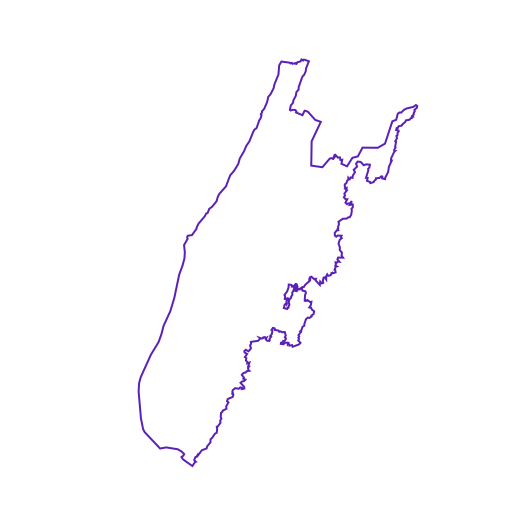 Bandarban, Chittagong, Bangladesh (Equal Earth projection), rotated 213°
{"feature_id": "16705992B23463827258150", "entity_name": "Bandarban", "entity_type": "district", "adm_level": 2, "iso_a3": "BGD", "parent_name": "Bangladesh", "parent_adm1": "Chittagong", "projection": "equal_earth", "projection_center": [92.198, 21.77], "detail": "fine", "context": "isolated", "style": "outline", "palette": "violet", "viewbox_px": 512, "rotation_deg": 213, "n_neighbors": 0, "source": "geoboundaries", "source_scale": "gbopen_adm2", "svg_char_len": 6130}
<svg xmlns="http://www.w3.org/2000/svg" viewBox="0 0 512 512"><g transform="rotate(213 256 256)"><path d="M322.3,226.0L317.6,220.2L314.6,214.8L312.3,207.6L310.3,198.6L301.6,176.1L297.8,163.0L295.5,147.2L292.6,138.4L290.8,130.6L290.4,116.1L286.7,91.7L284.7,85.5L280.7,78.5L264.1,57.2L256.5,49.4L253.6,47.7L231.6,42.3L227.0,46.6L216.4,51.3L211.9,51.5L208.4,50.8L208.2,49.0L209.0,46.8L206.5,45.7L195.0,45.2L194.9,50.1L194.4,50.7L196.4,51.0L196.5,50.4L197.3,54.3L196.6,55.1L196.6,57.3L196.1,56.8L195.6,63.7L192.6,67.7L193.3,69.9L192.7,74.8L194.3,77.6L193.7,79.9L193.7,84.4L192.7,86.5L194.5,90.0L195.9,91.4L195.2,92.3L195.0,96.9L196.4,98.5L196.5,100.9L197.9,101.7L199.9,105.5L199.3,107.0L199.7,108.2L197.6,111.7L199.1,113.7L199.4,118.2L201.2,118.4L201.8,120.7L198.8,125.1L199.3,127.1L200.8,127.4L200.6,128.5L201.8,129.0L202.4,130.8L201.5,133.8L198.1,135.3L197.6,137.2L196.1,137.8L195.5,136.6L193.6,138.5L194.6,139.8L199.9,141.2L199.4,143.0L197.8,144.8L197.5,146.6L199.8,146.2L200.0,147.5L203.2,148.6L202.8,151.1L201.2,152.7L201.1,154.2L199.1,156.1L200.5,156.3L201.8,158.2L201.7,159.4L202.4,159.0L203.5,163.1L204.8,161.4L205.0,162.2L207.6,162.9L208.5,165.1L210.3,165.2L210.1,169.0L213.1,168.9L214.0,169.9L213.6,171.7L210.4,172.0L209.9,175.8L212.3,177.8L212.3,179.6L213.5,181.2L208.1,186.0L207.4,189.0L208.6,189.3L206.0,190.0L205.3,191.0L205.6,191.7L204.4,192.8L203.3,192.2L202.7,193.2L202.5,191.5L200.5,191.0L198.7,191.9L198.6,192.9L199.5,193.7L199.4,196.6L200.5,196.6L200.2,199.2L201.8,202.7L202.7,202.5L202.7,204.9L200.9,205.5L199.8,204.3L196.3,205.8L195.2,205.1L194.3,206.2L192.5,206.3L190.5,207.9L187.7,205.5L187.5,203.5L186.0,203.2L185.7,202.3L186.0,200.0L186.9,199.5L186.3,198.2L187.8,197.0L187.3,195.8L184.9,196.9L184.3,199.3L182.2,200.5L181.2,199.1L180.9,200.4L179.2,199.0L177.3,200.9L175.9,199.8L171.8,205.2L171.4,207.4L174.5,208.1L174.7,209.8L176.0,210.6L175.9,212.0L177.2,212.7L176.9,216.9L177.9,216.9L177.5,218.4L178.4,222.0L177.5,223.9L178.4,225.3L179.7,230.3L178.9,232.7L177.4,233.2L176.4,235.6L177.1,236.3L176.1,238.6L177.1,241.3L179.9,241.5L181.7,242.6L183.2,241.9L183.3,244.8L184.6,247.7L185.2,246.9L188.9,247.0L189.0,246.1L190.2,246.0L190.2,245.1L190.8,245.0L193.5,249.8L194.1,252.4L195.5,253.3L198.1,252.3L200.2,254.2L200.6,252.3L202.6,250.9L202.7,248.7L204.1,248.1L204.8,248.9L204.9,252.7L206.8,253.6L207.0,251.9L205.6,246.6L205.7,245.0L204.3,243.2L204.4,241.2L203.8,240.1L204.2,237.1L202.9,234.5L201.7,233.7L200.7,230.2L201.4,229.9L201.1,228.5L204.3,227.5L205.4,230.5L205.0,233.0L204.0,232.1L204.0,232.7L205.6,234.3L206.0,237.9L206.8,237.6L207.3,236.0L208.5,235.7L209.7,238.2L210.9,238.8L210.6,243.3L211.6,247.4L213.0,249.9L210.7,251.0L209.5,250.8L209.2,249.9L208.1,250.4L207.5,254.2L206.6,254.5L204.4,252.8L204.4,248.9L203.2,248.9L202.9,251.3L201.0,252.7L200.4,254.9L199.0,256.1L199.0,258.8L197.6,263.7L198.0,264.5L197.4,264.9L198.0,266.3L198.8,266.0L199.2,267.4L198.3,268.8L194.9,268.3L193.3,269.5L193.0,268.1L186.7,266.5L188.2,269.5L185.8,268.9L185.0,270.1L186.5,271.6L187.5,274.8L186.8,275.5L184.3,274.5L186.1,277.3L186.3,279.4L184.7,278.7L183.6,279.7L182.9,280.8L183.4,282.8L182.9,283.6L182.2,283.3L180.3,285.6L181.9,287.4L182.6,287.2L183.3,290.3L182.5,291.3L184.2,291.1L184.3,292.2L185.7,293.9L184.7,294.0L184.5,295.7L182.9,296.6L185.9,297.5L186.3,299.4L182.1,302.0L184.4,302.9L185.7,305.6L189.0,306.6L190.3,308.9L193.5,311.3L194.6,315.2L193.8,317.7L195.1,318.1L195.3,319.6L198.7,317.6L199.2,315.9L200.8,316.0L202.5,318.1L202.3,321.0L201.1,322.4L202.3,322.9L202.0,323.9L203.0,325.0L203.8,328.1L205.5,329.5L203.5,334.5L200.4,336.7L199.6,338.8L198.5,339.5L198.6,342.4L200.4,346.4L201.6,347.5L201.3,349.5L202.9,351.9L205.0,350.1L204.8,351.9L205.7,354.2L205.9,350.8L207.3,350.4L207.9,349.0L210.0,349.4L210.4,353.3L211.8,352.4L214.3,353.1L214.2,355.0L215.9,356.5L215.5,360.7L216.3,360.6L217.0,362.3L217.8,361.0L218.4,361.1L218.5,362.3L220.0,363.3L220.5,364.5L219.9,366.3L220.6,369.0L220.1,370.2L221.2,372.0L219.2,371.6L219.2,373.7L217.6,374.1L218.6,376.3L218.7,380.3L221.0,381.5L219.9,386.0L222.4,388.0L222.1,390.6L219.4,391.9L215.1,390.8L213.5,392.9L210.2,394.6L209.1,391.9L209.4,390.1L208.4,388.9L206.3,381.4L204.9,382.3L203.9,379.5L200.7,380.2L199.8,379.4L197.6,382.0L197.6,384.3L197.1,385.3L197.7,386.5L195.0,388.7L194.3,391.1L193.3,391.4L192.4,389.8L189.6,390.8L190.3,392.3L190.9,398.3L193.1,403.2L194.1,409.8L194.7,409.3L195.9,411.6L196.8,418.3L196.5,419.7L197.1,419.3L197.9,420.1L198.1,423.1L198.8,423.4L200.8,428.1L201.7,428.1L201.9,431.6L203.6,433.1L203.1,434.2L204.4,436.6L204.1,438.0L204.7,438.8L207.1,438.0L207.7,439.9L206.8,440.3L207.1,442.4L204.7,444.9L205.0,445.8L203.9,449.7L204.1,451.5L201.5,453.8L201.3,455.6L200.4,456.6L201.1,457.6L200.2,458.4L201.3,458.9L200.7,460.5L201.6,461.7L201.7,463.9L202.7,464.7L201.8,467.9L202.5,469.6L204.1,469.7L205.3,466.7L210.0,461.8L211.5,459.2L212.4,455.2L213.6,454.8L214.6,452.6L212.6,446.6L215.0,443.2L209.0,420.5L212.8,413.1L225.7,404.9L224.8,395.0L228.6,390.9L228.5,380.8L234.6,379.9L236.1,383.7L237.5,382.5L239.4,384.4L240.9,383.1L244.7,384.1L245.1,383.7L244.7,381.3L243.9,382.2L244.1,379.4L245.9,379.2L247.2,377.9L248.7,366.6L258.9,361.9L271.8,382.5L274.7,403.8L280.4,402.4L291.2,405.3L294.4,404.3L293.7,399.4L300.6,398.2L300.8,399.3L302.6,399.8L304.6,398.8L306.2,396.9L307.2,397.0L308.8,401.3L308.4,404.4L309.4,407.1L309.9,412.0L311.4,415.5L310.9,418.7L312.2,420.9L313.9,427.9L314.8,432.0L314.3,434.1L314.9,438.0L316.2,440.6L317.7,448.1L322.1,447.1L323.0,446.6L323.0,445.6L324.9,445.6L324.6,443.5L326.8,441.1L326.7,439.1L327.5,438.8L327.7,439.5L330.1,437.1L331.1,437.5L332.0,436.3L333.0,436.5L340.6,432.9L340.4,428.5L336.0,420.4L334.1,410.2L332.6,406.2L331.9,399.5L332.4,396.2L330.5,391.1L329.3,383.8L329.8,380.6L329.2,380.0L329.1,377.4L328.1,377.2L327.1,374.0L327.2,371.8L325.2,363.5L326.1,361.1L326.0,358.9L324.0,348.7L324.1,342.9L323.1,337.4L322.7,328.8L321.0,323.6L320.8,315.4L321.6,309.6L319.1,298.0L320.6,288.3L320.3,285.0L318.9,280.5L319.7,273.3L320.9,270.1L320.0,265.7L320.9,264.4L320.6,261.2L321.8,251.9L321.3,247.4L320.7,246.7L321.1,238.7L324.3,235.7L324.0,234.3L322.7,233.2L322.3,226.0Z" fill="none" stroke="#5b21b6" stroke-width="2"/></g></svg>